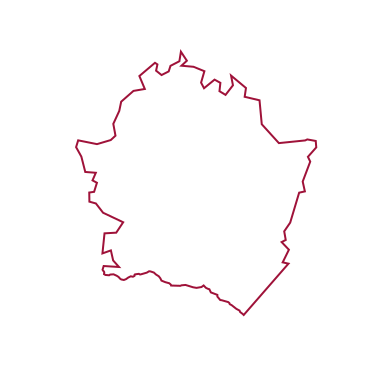 Blount, Tennessee, United States of America, rotated 41°
{"feature_id": "52423323B92517842712244", "entity_name": "Blount", "entity_type": "district", "adm_level": 2, "iso_a3": "USA", "parent_name": "United States of America", "parent_adm1": "Tennessee", "projection": "mercator", "projection_center": [-83.924, 35.674], "detail": "fine", "context": "isolated", "style": "outline", "palette": "rose", "viewbox_px": 384, "rotation_deg": 41, "n_neighbors": 0, "source": "geoboundaries", "source_scale": "gbopen_adm2", "svg_char_len": 1718}
<svg xmlns="http://www.w3.org/2000/svg" viewBox="0 0 384 384"><g transform="rotate(41 192 192)"><path d="M82.2,118.4L79.3,118.8L76.2,139.0L88.8,145.2L81.5,154.1L79.3,170.3L83.9,178.5L87.9,192.2L97.3,199.7L96.6,206.1L88.9,218.2L72.2,227.7L75.1,234.2L85.3,237.9L98.3,246.9L106.8,240.6L109.3,248.5L114.2,247.4L118.0,256.1L114.8,259.8L120.9,266.6L127.0,263.7L138.5,266.0L159.9,260.0L161.5,272.4L153.1,280.6L164.7,297.1L169.1,289.3L177.4,295.4L186.1,296.5L173.9,305.8L175.8,310.0L175.8,309.7L177.3,309.7L178.4,310.1L179.5,311.7L181.1,311.4L184.1,309.2L184.4,308.0L186.8,305.6L190.1,304.6L192.3,304.3L194.7,304.6L196.0,304.4L198.3,303.1L199.4,301.0L200.0,298.4L201.1,295.8L203.0,294.7L203.5,293.5L203.6,292.9L203.0,292.3L203.0,291.6L205.6,288.6L206.8,288.4L207.3,287.9L210.8,282.5L211.6,280.0L212.7,279.2L216.1,277.8L219.0,277.9L222.2,277.4L224.7,277.9L227.1,278.9L230.9,277.6L234.7,275.8L236.8,275.8L237.6,276.3L244.8,270.4L245.3,269.3L248.1,266.4L255.3,263.2L258.3,261.4L261.5,257.5L262.1,254.9L265.4,255.2L267.6,254.6L268.9,254.0L272.1,255.4L278.6,253.0L279.8,254.3L284.2,255.0L285.4,254.2L291.6,251.3L293.1,251.3L293.9,251.8L294.6,251.8L295.9,251.4L302.1,251.1L305.7,250.3L307.1,251.0L310.2,250.8L311.7,250.9L311.8,182.8L306.6,185.6L303.0,172.0L292.5,171.0L294.2,166.7L287.4,161.2L286.2,150.7L273.3,122.2L276.8,117.5L268.7,111.5L261.3,91.5L256.4,89.4L256.5,76.8L251.9,72.3L244.5,76.7L243.6,78.8L225.5,98.1L200.2,95.1L182.8,78.5L169.3,85.6L164.5,78.1L145.1,78.5L152.9,84.6L153.6,96.7L146.6,97.9L141.8,91.0L135.3,92.4L133.0,105.8L127.1,103.5L122.1,92.7L111.0,96.5L101.2,103.6L102.0,96.3L91.6,93.4L96.7,101.6L93.0,110.9L95.3,116.3L92.3,123.7L85.3,124.0L82.2,118.4Z" fill="none" stroke="#9f1239" stroke-width="2"/></g></svg>